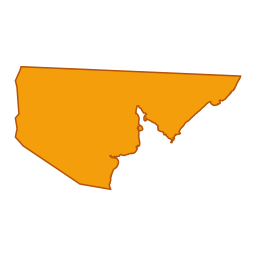 outline of Ngermechau, Melekeok, Palau
{"feature_id": "81905179B2949458195189", "entity_name": "Ngermechau", "entity_type": "district", "adm_level": 2, "iso_a3": "PLW", "parent_name": "Palau", "parent_adm1": "Melekeok", "projection": "albers", "projection_center": [134.622, 7.54], "detail": "fine", "context": "isolated", "style": "filled", "palette": "amber", "viewbox_px": 256, "rotation_deg": 0, "n_neighbors": 0, "source": "geoboundaries", "source_scale": "gbopen_adm2", "svg_char_len": 5435}
<svg xmlns="http://www.w3.org/2000/svg" viewBox="0 0 256 256"><path d="M110.6,189.3L110.4,188.7L110.2,187.8L109.7,186.8L109.4,186.2L109.5,185.1L109.4,184.6L109.3,184.0L109.9,183.5L110.2,182.3L110.6,180.9L110.5,180.1L110.8,179.6L110.7,178.7L110.5,178.0L110.4,177.7L110.7,177.2L111.1,176.9L111.1,175.9L111.2,176.0L111.5,174.7L111.8,174.2L112.1,173.1L112.1,172.6L112.5,172.1L112.8,171.4L113.0,170.9L113.2,170.1L113.3,169.8L113.9,169.2L114.4,168.8L115.5,168.0L116.1,167.7L116.8,167.0L117.1,166.2L117.3,165.5L117.6,165.5L118.0,164.5L118.3,163.6L118.5,162.6L118.4,161.3L118.2,160.6L117.8,159.8L117.0,158.6L116.2,158.1L114.8,157.8L113.9,157.9L113.3,157.7L112.7,157.6L112.2,157.5L111.8,157.4L111.5,157.3L110.0,156.0L110.0,155.8L110.6,156.0L110.9,155.7L111.1,156.3L111.6,156.8L112.6,157.1L113.5,157.1L114.1,156.9L114.3,156.6L115.9,156.4L116.6,156.6L117.2,156.4L117.6,156.5L118.6,156.3L119.2,156.1L119.3,155.7L119.9,155.2L120.7,154.5L121.3,154.6L122.0,155.0L122.7,155.4L123.5,155.3L124.2,155.5L124.5,155.3L125.0,155.3L125.3,155.1L126.2,154.7L127.6,154.5L127.7,154.3L127.9,154.3L128.5,154.2L129.6,153.6L130.4,153.6L131.1,153.4L131.3,153.5L131.6,153.3L131.9,153.3L132.3,153.5L133.0,153.2L133.9,153.1L134.7,152.6L135.4,151.9L135.7,151.5L136.0,151.2L136.3,150.6L136.5,150.4L136.5,150.1L136.7,149.9L136.9,149.6L137.0,149.3L137.3,148.7L137.1,148.5L137.0,148.3L136.7,148.0L136.6,147.5L136.9,147.4L136.7,147.2L136.4,147.3L136.2,147.0L136.5,146.8L136.7,146.3L136.9,146.1L137.3,145.9L137.6,146.0L137.9,145.6L138.0,145.8L138.0,146.1L138.5,146.3L139.0,146.0L139.5,145.3L139.6,144.8L139.7,144.1L139.7,143.4L139.8,142.9L139.5,142.1L139.6,141.7L139.5,141.1L139.3,140.8L139.3,140.3L139.1,139.9L139.1,139.1L139.0,138.7L138.9,138.2L138.9,137.4L138.7,137.2L138.6,136.3L138.7,135.8L138.8,135.1L138.9,134.4L138.9,133.6L138.8,133.2L138.9,132.8L138.9,132.2L138.7,131.7L138.8,131.4L138.6,131.0L138.4,130.6L138.3,129.7L138.0,129.0L137.8,128.2L137.4,128.1L137.5,127.8L137.8,127.6L137.8,127.1L138.2,126.5L138.4,126.8L138.1,127.2L138.0,127.7L138.2,128.4L138.3,129.0L138.7,129.7L139.1,130.2L139.6,130.7L140.2,130.8L141.3,130.4L141.7,130.2L142.1,130.1L142.3,129.7L142.6,129.4L142.8,129.0L142.7,128.7L142.2,127.4L142.1,127.1L141.8,126.5L141.2,126.1L140.7,125.8L139.8,126.0L139.9,125.7L139.9,125.2L139.6,124.8L139.1,124.6L138.6,124.4L138.8,122.2L138.7,120.8L138.9,120.7L138.9,119.9L139.1,118.9L139.0,117.8L138.8,117.1L138.5,116.4L138.3,115.9L138.1,115.3L137.4,114.5L137.0,113.9L136.3,113.4L135.7,113.4L135.6,113.0L136.1,112.5L136.1,112.2L136.0,110.9L136.0,110.2L136.2,109.9L136.2,109.6L136.4,109.3L136.3,108.9L136.8,107.5L136.8,107.0L137.0,106.1L137.2,105.8L138.8,106.1L138.7,106.7L138.9,107.0L139.1,107.3L139.5,107.7L140.4,108.4L141.3,108.8L141.6,110.0L141.9,110.6L142.4,110.7L142.8,111.8L143.3,112.5L143.6,113.0L145.5,113.1L146.4,114.4L146.0,114.7L145.5,114.9L145.1,115.3L144.7,115.6L144.8,116.3L144.4,116.4L144.1,117.1L143.9,117.9L143.9,118.5L144.0,119.2L144.0,119.6L144.1,119.9L144.5,120.6L144.9,120.8L145.4,120.8L146.0,120.5L146.1,120.0L146.3,119.8L146.4,119.2L146.1,118.9L146.1,118.2L146.4,118.6L146.7,118.9L147.1,119.4L147.7,119.6L148.1,119.8L148.6,119.8L149.2,120.2L150.6,120.9L151.7,121.5L151.9,121.9L153.1,122.4L153.3,122.3L153.5,122.5L154.7,123.2L155.1,123.2L155.5,123.6L155.8,124.0L156.4,124.3L157.0,125.1L157.7,125.8L158.1,126.0L158.1,126.4L158.0,126.8L157.8,127.3L157.9,127.8L158.0,128.3L158.3,128.7L158.0,129.1L158.0,129.6L158.3,130.3L159.1,130.6L159.6,131.0L160.3,131.3L161.0,131.5L161.6,131.6L162.1,131.6L162.6,131.9L163.0,132.2L163.4,132.3L163.2,132.8L163.3,133.0L163.6,133.1L163.7,133.4L163.8,134.1L164.2,134.8L164.5,134.7L164.9,134.7L165.1,134.5L165.4,134.5L166.0,134.3L166.2,134.7L165.8,135.0L166.1,135.5L166.9,136.3L167.8,137.1L168.0,137.6L168.5,138.2L169.1,138.2L169.5,138.5L169.9,138.8L170.2,139.0L170.6,138.8L171.0,139.1L172.0,139.8L170.8,142.4L171.8,142.7L173.1,139.9L173.6,140.0L174.4,138.2L174.1,138.0L173.6,137.8L174.0,137.7L174.3,137.0L174.4,136.4L174.5,136.2L174.9,135.9L174.8,135.6L175.0,135.4L175.6,135.2L175.9,135.0L175.7,134.6L176.3,134.5L177.0,134.5L177.6,134.3L178.3,134.1L179.0,134.1L179.7,134.0L179.8,133.8L180.3,133.4L180.2,133.0L179.6,132.4L179.2,131.8L179.1,131.5L180.9,128.3L182.2,127.2L183.5,125.7L184.7,123.8L185.5,122.7L186.3,122.0L187.1,121.5L188.1,121.0L189.3,120.0L190.7,118.5L192.0,117.3L192.5,116.9L193.2,116.1L194.2,115.3L194.8,114.4L196.6,113.2L198.0,111.8L199.7,110.6L200.9,109.3L202.4,107.7L204.0,106.6L205.3,105.1L206.7,103.8L208.0,102.8L209.0,102.2L210.0,101.6L210.6,101.6L210.7,101.8L210.6,102.3L210.9,103.4L211.2,103.6L211.3,103.8L211.8,104.2L212.4,104.6L213.3,105.2L213.9,105.4L214.5,105.3L215.2,105.3L216.3,105.1L217.0,104.9L217.5,104.8L217.9,104.4L217.8,103.8L218.2,103.7L218.3,103.8L218.5,104.1L219.0,103.9L219.7,103.5L220.1,103.1L220.3,102.3L220.1,101.9L219.8,101.5L219.4,101.0L219.5,100.5L220.1,100.1L221.0,100.5L221.7,100.6L222.5,100.8L223.2,100.4L224.1,99.7L225.0,99.3L225.6,98.7L226.1,98.1L226.4,97.8L227.2,96.8L228.3,95.6L229.3,94.7L229.9,94.0L229.9,93.3L231.0,92.9L231.0,92.2L231.3,91.9L231.4,91.4L232.3,91.0L233.2,90.5L233.4,90.0L233.7,89.9L233.9,89.3L234.3,89.2L234.4,88.9L234.7,88.4L234.5,88.1L234.9,87.6L235.7,86.2L236.3,85.0L236.6,84.0L237.2,82.9L237.5,82.2L237.9,81.5L238.5,80.5L239.3,79.2L240.0,77.9L240.4,76.9L240.6,76.1L21.1,66.7L20.1,70.2L15.4,80.7L17.0,87.3L18.9,114.0L15.4,118.0L17.1,128.6L15.4,137.1L23.2,145.9L79.9,184.0L110.6,189.3Z" fill="#f59e0b" stroke="#b45309" stroke-width="1.5"/></svg>